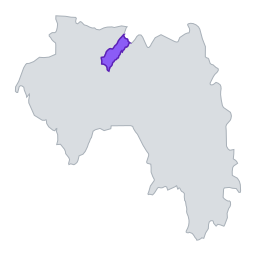 Koubia, Mali, Guinea shown in context
{"feature_id": "49546643B77076064318361", "entity_name": "Koubia", "entity_type": "district", "adm_level": 2, "iso_a3": "GIN", "parent_name": "Guinea", "parent_adm1": "Mali", "projection": "equal_earth", "projection_center": [-11.645, 11.768], "detail": "fine", "context": "in_parent", "style": "filled", "palette": "violet", "viewbox_px": 256, "rotation_deg": 0, "n_neighbors": 0, "source": "geoboundaries", "source_scale": "gbopen_adm2", "svg_char_len": 5974}
<svg xmlns="http://www.w3.org/2000/svg" viewBox="0 0 256 256"><path d="M161.0,187.9L158.6,187.4L157.6,188.0L154.5,192.9L152.6,194.9L149.7,194.2L148.6,194.6L147.9,194.0L148.9,191.3L150.4,186.0L154.2,180.6L154.3,179.5L152.7,176.4L151.1,172.1L151.1,167.5L150.8,164.2L147.4,163.3L146.8,162.7L146.7,161.6L148.6,155.9L148.7,154.7L148.5,153.7L146.4,150.8L143.1,145.4L137.5,134.3L135.5,131.9L133.5,128.6L132.7,126.4L130.6,125.6L111.2,125.8L110.8,128.7L104.1,130.6L100.0,128.4L95.4,129.7L93.1,131.2L91.4,137.6L90.4,139.0L89.4,141.9L88.5,143.5L87.5,146.7L85.3,151.3L83.0,154.2L79.1,155.8L77.9,160.6L77.0,162.4L75.5,163.8L73.9,164.7L70.7,163.8L68.9,164.6L68.6,163.4L69.6,159.6L68.8,157.6L65.7,153.7L65.5,151.8L64.5,149.3L60.5,144.3L56.7,144.6L57.8,140.3L57.7,134.7L56.5,131.6L56.8,128.5L56.1,128.7L54.9,130.8L52.8,130.1L48.7,126.8L46.7,123.5L46.4,120.8L46.0,119.7L44.7,120.3L42.2,120.2L34.3,115.3L28.8,102.9L28.7,100.1L29.5,95.3L29.3,94.0L26.7,97.2L26.3,95.0L24.3,90.1L23.8,87.2L21.9,85.9L20.4,85.7L19.2,86.7L17.7,92.5L16.5,92.4L15.4,91.2L15.6,86.9L18.7,81.4L23.7,67.8L25.6,64.6L26.7,63.5L29.1,63.4L33.7,61.6L39.4,57.3L43.8,57.6L49.0,57.1L55.7,54.2L55.8,45.0L55.6,43.0L53.2,41.1L51.8,39.6L50.6,37.5L49.2,36.1L49.2,34.6L52.2,32.6L54.9,32.6L55.8,31.9L56.5,30.6L57.3,27.3L57.6,23.8L55.8,19.1L55.9,15.8L65.7,16.3L71.1,17.2L75.6,17.4L76.3,18.2L75.6,21.4L76.2,23.3L77.7,23.8L80.2,21.6L81.5,22.1L84.2,24.9L86.8,25.6L89.6,27.1L92.2,28.0L94.6,27.9L96.3,29.4L99.6,29.9L103.9,27.9L107.2,27.1L111.9,26.9L114.3,27.5L121.5,25.9L127.1,26.8L126.2,27.9L123.6,35.2L123.9,36.5L129.6,42.7L131.0,43.2L132.5,42.4L135.0,39.5L136.9,36.4L138.8,34.9L141.0,35.0L142.7,37.2L146.8,46.4L147.8,47.5L148.8,47.5L150.5,45.8L151.4,43.8L155.2,37.7L161.0,34.7L174.8,41.6L176.9,42.1L178.1,41.6L179.8,37.5L185.0,34.0L187.5,33.0L188.9,32.9L189.4,31.8L189.7,30.1L189.4,28.4L187.8,25.3L187.7,24.3L188.7,23.7L190.6,23.3L193.2,23.6L196.1,24.9L198.5,26.9L199.8,29.2L202.4,38.9L205.4,46.6L205.3,56.8L206.6,57.8L208.0,58.2L208.7,59.0L210.1,63.3L211.5,64.5L213.0,64.8L216.0,67.5L218.0,68.5L218.3,69.4L218.2,70.5L217.4,71.9L214.6,74.7L213.1,77.1L210.2,82.9L210.1,84.0L210.8,84.8L212.0,84.9L213.3,84.5L216.0,82.4L218.1,83.2L220.2,84.8L220.9,86.5L221.1,88.7L220.7,91.5L220.6,94.7L221.3,100.1L222.4,105.5L223.5,107.5L230.4,112.3L231.0,114.0L231.4,116.0L230.9,118.8L230.2,120.3L226.5,124.6L225.9,126.6L226.2,130.4L226.5,146.2L228.0,148.9L229.8,150.3L233.9,149.5L233.8,153.9L233.3,158.9L235.7,160.4L236.9,161.9L237.6,163.3L233.8,165.9L232.7,167.5L232.2,171.6L232.3,175.4L237.4,178.2L239.4,181.4L240.3,184.7L240.6,190.9L240.2,192.4L238.9,192.4L236.3,188.6L232.3,188.2L229.4,187.4L224.4,187.9L223.6,189.1L223.1,197.4L224.3,198.8L226.6,200.4L228.1,201.1L229.4,200.9L230.4,201.9L230.6,204.6L230.0,206.6L228.7,208.5L227.1,213.3L227.4,217.7L224.7,224.8L223.9,226.2L220.2,224.8L217.8,224.3L216.1,226.1L213.7,223.3L213.2,221.2L212.4,220.7L210.8,220.7L209.3,221.9L208.6,224.2L208.3,228.7L205.6,233.0L203.8,238.3L201.6,237.8L201.1,238.5L198.8,239.8L196.8,240.2L196.2,238.8L195.1,237.6L193.8,235.4L192.3,233.5L189.5,232.3L188.4,232.8L187.0,232.7L186.1,232.0L186.3,230.9L187.7,228.1L188.6,225.5L189.0,222.7L189.0,220.1L188.2,216.3L187.0,213.4L186.6,211.6L186.8,209.2L186.5,206.9L186.1,205.7L185.5,201.4L184.7,200.6L184.3,197.1L184.4,193.6L183.3,192.3L181.6,191.3L180.6,189.9L179.9,188.3L179.3,187.9L178.8,188.0L178.3,188.9L177.7,189.1L176.7,185.8L176.3,185.7L175.6,186.5L167.7,190.1L166.7,187.0L165.1,186.4L162.5,187.7L161.0,187.9Z" fill="#d9dde1" stroke="#a8b0b8" stroke-width="1"/><path d="M129.7,42.7L129.4,42.5L128.1,41.2L127.9,40.9L128.0,40.1L127.6,39.3L127.5,39.1L127.2,38.9L126.8,38.9L126.4,38.8L125.7,38.5L125.5,38.4L124.8,37.9L124.6,37.7L124.5,37.3L124.4,37.0L124.3,36.8L123.9,36.1L123.8,35.8L123.9,35.3L123.8,34.8L123.9,34.6L124.0,34.5L123.8,34.5L123.7,34.6L123.6,34.8L123.4,34.9L123.4,35.0L123.2,35.2L123.1,35.3L122.9,35.5L122.7,35.7L122.6,35.8L122.4,36.1L122.1,36.3L121.9,36.6L121.7,36.8L121.6,37.0L121.4,37.1L121.3,37.4L121.2,37.4L121.1,37.5L120.9,37.7L120.7,37.8L120.6,38.0L120.4,38.1L120.3,38.3L120.1,38.5L119.9,38.7L119.8,38.8L119.7,39.0L119.4,39.4L119.3,39.5L119.1,39.7L119.0,39.9L118.8,40.1L118.7,40.2L118.6,40.4L118.5,40.6L118.3,40.9L118.2,41.0L118.1,41.3L118.0,41.6L117.9,41.8L117.8,42.0L117.7,42.2L117.6,42.3L117.6,42.5L117.4,42.9L117.4,43.1L117.3,43.3L117.2,43.5L116.5,44.2L115.7,45.2L115.4,45.3L115.0,45.7L114.6,46.1L114.2,46.8L113.7,47.6L112.8,48.8L112.7,48.9L111.9,48.9L111.1,48.8L110.4,48.6L109.4,48.8L108.6,49.5L107.9,50.0L107.2,50.7L106.6,51.4L106.1,52.2L105.7,53.7L105.1,54.9L104.6,56.2L104.2,56.8L103.4,57.1L102.4,57.2L101.8,57.3L101.3,57.4L101.2,58.1L101.6,59.8L101.8,61.0L101.8,62.2L101.7,63.0L101.7,63.6L101.7,64.0L102.4,64.1L103.5,64.2L104.5,64.6L105.3,65.2L105.9,65.7L106.3,66.1L106.6,66.5L106.7,66.8L106.8,67.2L107.1,68.0L107.1,68.5L107.2,69.7L107.6,70.3L108.2,70.8L108.9,71.2L109.0,70.8L109.2,70.3L109.4,69.1L109.5,68.3L109.5,68.2L109.8,68.2L110.0,67.3L110.9,66.5L111.8,65.5L112.2,64.7L112.4,63.6L112.7,62.8L113.0,62.3L114.0,61.6L114.5,60.5L114.9,60.1L115.3,59.9L115.7,59.7L116.0,59.6L116.3,59.5L116.3,59.4L116.8,59.0L116.9,58.8L116.9,58.7L117.0,58.6L117.1,58.3L117.3,58.2L117.5,58.1L117.8,58.0L118.0,57.9L118.3,57.9L118.4,57.7L118.5,57.6L118.5,57.3L118.5,57.2L118.7,56.4L118.8,55.9L119.3,55.3L120.0,54.5L120.4,53.2L120.6,52.4L121.1,51.4L121.3,51.1L121.4,51.4L121.7,51.6L122.3,52.1L122.4,51.9L122.5,51.7L122.6,51.4L122.7,51.2L122.8,50.9L122.9,50.6L123.0,50.5L123.0,50.4L123.2,50.2L123.3,50.1L123.7,50.0L123.8,49.9L124.0,49.6L124.3,49.3L124.4,49.1L124.5,48.8L124.6,48.6L124.7,48.3L124.9,48.0L124.9,47.9L125.0,47.7L125.2,47.4L125.3,47.2L125.5,47.1L125.8,47.1L126.0,47.1L126.3,47.2L126.5,47.1L126.8,47.0L126.9,46.9L127.0,46.8L127.0,46.7L127.3,46.6L127.5,46.5L127.6,46.3L127.7,46.2L127.9,46.0L128.0,45.8L128.1,45.6L128.2,45.3L128.4,45.0L128.4,44.8L128.5,44.6L128.5,44.3L128.6,44.1L128.8,43.8L128.9,43.6L129.0,43.4L129.3,43.1L129.5,43.0L129.6,42.7L129.7,42.7Z" fill="#8b5cf6" stroke="#5b21b6" stroke-width="1.5"/></svg>